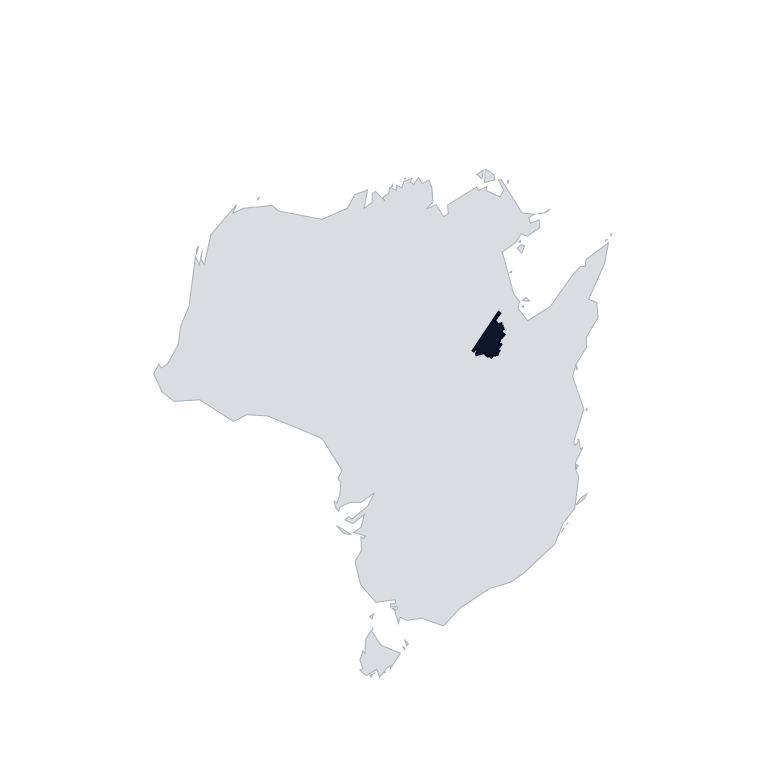 location of Mount Isa, Queensland, Australia, rotated 34°
{"feature_id": "25037944B13114344079677", "entity_name": "Mount Isa", "entity_type": "district", "adm_level": 2, "iso_a3": "AUS", "parent_name": "Australia", "parent_adm1": "Queensland", "projection": "equal_earth", "projection_center": [139.561, -19.747], "detail": "fine", "context": "in_parent", "style": "filled", "palette": "ink", "viewbox_px": 768, "rotation_deg": 34, "n_neighbors": 0, "source": "geoboundaries", "source_scale": "gbopen_adm2", "svg_char_len": 6338}
<svg xmlns="http://www.w3.org/2000/svg" viewBox="0 0 768 768"><g transform="rotate(34 384 384)"><path d="M499.6,161.3L506.2,199.4L514.7,197.5L524.2,208.8L525.6,231.9L531.2,239.9L532.3,261.3L536.3,272.4L563.6,292.9L573.8,326.3L576.8,328.0L577.5,322.1L583.4,328.2L584.4,325.2L586.5,342.0L589.9,347.1L597.5,352.3L611.7,380.5L610.4,399.2L615.1,421.5L605.6,462.8L599.7,477.6L585.9,494.4L572.4,527.0L568.5,551.3L546.1,557.1L534.8,567.4L527.9,568.3L529.7,574.2L519.2,565.6L520.8,563.6L520.2,561.5L518.2,561.4L514.5,565.1L512.0,562.8L516.4,559.3L514.0,556.6L499.2,569.6L476.7,563.2L459.1,547.3L458.5,534.8L450.2,523.4L453.7,523.8L453.7,520.4L441.7,523.9L445.2,515.4L440.5,502.9L436.3,517.1L427.5,518.5L428.8,513.8L433.0,513.8L438.8,494.3L437.0,479.6L431.1,495.1L422.3,500.9L416.5,510.1L417.4,514.7L413.9,514.1L408.1,509.0L411.7,508.9L409.0,499.9L403.3,489.6L398.7,488.3L397.7,479.2L363.0,463.7L305.5,475.5L287.5,486.1L280.2,499.2L240.1,500.1L219.6,515.8L204.8,514.8L187.3,504.2L186.1,493.4L190.3,495.2L193.2,488.7L191.5,466.6L183.1,449.8L178.9,428.6L156.4,383.8L164.2,388.6L158.7,374.9L162.4,383.0L168.2,385.4L157.0,357.1L161.4,317.7L163.3,327.0L169.3,316.8L191.4,298.6L199.6,299.6L240.5,282.2L255.4,258.8L253.9,243.4L261.9,232.4L269.3,249.5L272.7,240.0L268.0,233.3L269.2,229.1L283.0,231.9L278.7,230.2L281.3,223.5L278.7,217.5L286.0,216.7L283.3,212.2L289.4,211.6L287.1,205.2L292.3,197.9L292.8,202.2L297.0,201.7L297.2,193.5L303.4,196.4L307.2,189.8L313.8,194.3L322.8,205.8L321.4,214.9L327.2,206.1L339.8,211.9L342.2,207.0L336.6,200.1L350.8,168.9L353.8,170.9L358.7,163.1L360.5,166.4L375.5,164.0L375.0,156.4L364.9,150.9L366.5,148.9L403.0,165.1L413.6,159.2L411.0,165.3L415.5,168.7L420.9,161.3L425.7,167.6L420.0,181.5L413.7,182.8L414.1,192.8L408.3,208.5L441.3,236.9L450.2,239.7L453.0,246.5L467.8,251.1L478.5,226.6L479.3,190.6L481.0,177.0L484.7,173.8L481.9,167.6L491.1,141.3L499.6,161.3ZM511.2,595.5L527.9,602.3L548.1,598.0L548.6,616.7L547.4,613.4L545.2,617.3L544.3,629.6L537.4,624.6L532.5,635.7L523.9,634.8L525.7,631.7L518.4,626.4L515.7,616.9L519.0,618.6L511.5,605.4L511.2,595.5ZM347.8,149.1L358.3,149.1L361.5,153.0L354.6,160.8L347.8,149.1ZM423.8,527.9L441.1,527.3L433.7,530.5L423.8,527.9ZM423.1,190.7L425.2,198.5L418.6,197.2L419.7,191.7L423.1,190.7ZM610.9,377.2L610.7,368.7L613.5,361.6L614.4,366.7L610.9,377.2ZM543.9,584.3L549.5,585.9L549.5,588.5L543.9,584.3ZM346.7,151.4L350.5,159.1L343.8,158.6L346.7,151.4ZM505.3,585.5L502.1,584.8L504.0,580.3L505.3,585.5ZM458.3,233.7L455.2,236.0L452.0,237.2L453.5,232.9L458.3,233.7ZM156.2,381.8L153.4,377.7L152.9,373.9L153.3,373.7L156.2,381.8ZM548.2,591.1L550.3,592.9L546.2,591.4L548.2,591.1ZM588.6,343.2L591.0,343.1L590.9,346.9L588.6,343.2ZM533.1,261.0L535.9,263.3L535.4,264.7L533.1,261.0ZM536.9,631.2L537.1,634.2L535.0,633.3L536.9,631.2ZM613.9,402.4L613.9,407.0L613.6,406.9L613.9,402.4ZM374.4,148.7L372.7,146.6L373.8,145.5L374.4,148.7ZM423.2,149.1L420.7,153.0L423.7,146.2L423.2,149.1ZM614.5,396.8L613.3,398.3L614.1,396.7L614.5,396.8ZM427.3,220.2L425.9,221.0L426.7,219.1L427.3,220.2ZM417.9,190.5L416.1,190.9L417.2,188.5L417.9,190.5ZM176.6,298.8L176.3,301.9L175.4,301.6L176.6,298.8ZM488.0,139.5L487.9,142.2L487.2,140.3L488.0,139.5ZM518.2,562.5L518.6,564.0L518.0,563.5L518.2,562.5ZM420.0,154.2L416.6,156.8L420.1,153.5L420.0,154.2ZM287.3,201.4L286.1,203.2L286.8,201.1L287.3,201.4ZM538.2,629.0L537.1,629.6L537.8,628.5L538.2,629.0ZM456.8,242.8L454.9,242.7L455.9,241.2L456.8,242.8ZM280.6,215.3L279.7,216.4L279.6,213.9L280.6,215.3ZM546.5,622.7L545.0,623.6L545.5,621.9L546.5,622.7ZM489.2,132.3L489.0,134.1L488.0,133.2L489.2,132.3ZM517.3,564.5L518.8,565.9L516.3,565.5L517.3,564.5ZM566.9,292.7L565.7,292.8L566.2,290.8L566.9,292.7ZM576.5,321.8L575.8,321.8L576.3,320.3L576.5,321.8ZM512.0,593.2L511.6,594.3L511.2,592.9L512.0,593.2Z" fill="#d9dde1" stroke="#a8b0b8" stroke-width="1"/><path d="M456.6,302.4L456.9,302.4L458.6,302.5L458.7,300.5L458.8,299.6L458.8,299.2L458.8,298.8L459.5,298.8L459.5,298.2L460.2,298.2L460.6,298.3L460.6,298.2L460.7,297.9L460.8,297.8L460.7,297.7L460.6,297.4L460.5,297.2L460.4,297.2L460.5,297.0L460.5,296.9L460.4,296.7L460.3,296.4L460.3,296.2L460.2,296.2L460.3,296.1L460.2,296.0L460.3,296.0L460.3,295.9L460.4,295.7L460.4,295.4L460.4,295.2L460.5,295.2L460.7,295.3L460.7,295.5L460.8,295.5L461.0,295.6L461.2,295.8L461.3,295.8L461.4,296.0L461.5,296.2L461.6,296.3L461.7,296.5L461.8,296.6L462.1,296.8L462.2,296.7L462.0,296.3L462.0,296.0L462.0,295.7L462.0,295.4L462.1,295.2L461.9,294.9L461.7,294.8L461.5,294.7L461.4,294.7L461.2,294.6L461.2,294.4L461.3,294.3L461.2,294.2L461.2,293.9L461.1,293.7L461.2,293.4L461.2,293.2L461.2,292.9L461.2,293.0L461.3,293.0L461.3,292.9L461.4,292.7L461.5,292.7L461.5,292.4L461.5,292.2L461.6,291.9L461.5,291.7L461.4,291.7L461.2,291.6L460.9,291.7L460.5,291.9L460.2,291.9L460.1,292.0L460.0,291.9L459.9,291.9L459.6,291.9L458.7,292.1L458.7,291.8L458.7,291.7L458.8,291.5L458.8,291.4L458.7,291.4L459.2,291.3L459.3,290.3L459.3,290.1L459.3,289.6L459.4,288.9L459.4,288.0L459.5,288.0L459.5,286.6L459.5,285.4L459.4,285.4L459.4,285.2L459.0,285.2L458.6,285.1L458.6,286.0L457.9,285.9L457.1,285.8L456.2,285.6L456.2,285.4L456.4,284.1L455.6,284.0L455.7,282.9L455.7,281.7L455.8,280.8L455.8,279.6L456.2,279.6L456.2,278.5L456.2,277.3L456.5,277.3L456.6,275.3L454.2,275.1L452.5,274.9L452.6,274.1L452.3,274.0L452.2,273.9L452.2,273.7L452.0,273.4L452.4,272.5L452.3,272.4L452.6,271.6L452.8,271.4L452.5,271.2L452.0,270.8L450.7,272.2L450.3,271.6L450.0,271.3L450.0,271.2L450.3,271.0L450.4,270.9L450.5,270.9L450.8,270.7L451.0,270.6L450.0,269.1L449.2,270.1L447.4,267.6L447.3,267.8L447.0,268.3L446.9,268.5L446.7,268.6L447.0,268.8L446.5,270.2L445.8,270.2L445.5,269.9L445.3,270.2L445.0,270.5L444.9,270.6L444.7,270.9L444.0,270.0L442.1,269.9L442.2,269.4L440.7,269.2L440.9,265.7L440.9,264.9L441.0,263.4L441.1,262.9L441.1,262.4L441.2,260.1L438.4,259.8L438.4,266.7L438.4,267.3L438.4,267.7L438.4,269.7L438.4,273.7L438.4,274.2L438.5,276.3L438.5,276.5L438.5,286.7L438.5,287.6L438.5,293.5L438.6,302.6L438.6,307.0L439.6,307.1L440.5,307.1L440.5,306.1L440.7,303.9L441.9,303.9L442.6,303.9L442.3,304.3L443.0,305.3L443.5,306.0L442.8,306.7L444.3,308.8L444.8,308.9L445.1,308.4L446.2,306.7L446.5,306.3L447.2,305.9L448.1,304.9L448.9,303.9L450.0,302.7L450.7,301.9L451.7,303.3L454.8,303.5L454.8,303.0L454.8,302.3L455.3,302.4L455.5,302.4L456.4,302.4L456.5,302.4L456.6,302.4Z" fill="#0f172a" stroke="#020617" stroke-width="1.5"/></g></svg>